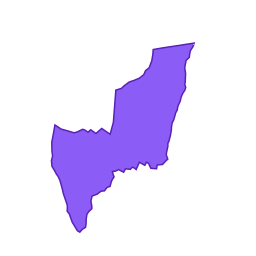 Itaguajé, Paraná, Brazil, rotated 229°
{"feature_id": "56859067B84192248470394", "entity_name": "Itaguajé", "entity_type": "district", "adm_level": 2, "iso_a3": "BRA", "parent_name": "Brazil", "parent_adm1": "Paraná", "projection": "albers", "projection_center": [-51.978, -22.666], "detail": "fine", "context": "isolated", "style": "filled", "palette": "violet", "viewbox_px": 256, "rotation_deg": 229, "n_neighbors": 0, "source": "geoboundaries", "source_scale": "gbopen_adm2", "svg_char_len": 1464}
<svg xmlns="http://www.w3.org/2000/svg" viewBox="0 0 256 256"><g transform="rotate(229 128 128)"><path d="M81.0,23.3L81.5,27.0L80.9,30.8L83.2,33.5L86.7,36.7L89.9,40.5L90.7,44.0L90.8,47.7L92.6,49.3L97.2,52.1L100.2,56.2L98.3,61.4L98.0,66.2L96.0,69.0L96.9,73.2L95.7,76.2L98.3,80.0L99.4,82.3L100.2,85.4L102.4,86.2L105.4,87.7L103.6,90.3L102.8,93.6L97.5,95.7L98.8,99.3L95.3,102.7L95.6,105.6L93.5,106.6L91.3,106.9L94.7,114.1L88.8,116.2L90.0,119.5L87.8,120.3L82.6,118.8L78.5,122.8L80.9,125.8L77.8,130.2L78.3,134.5L78.4,137.6L82.5,139.2L84.3,141.1L88.2,146.3L90.1,147.8L91.3,150.4L94.7,155.3L98.2,159.6L99.9,161.1L102.7,164.4L104.1,167.7L105.9,170.6L108.2,174.0L109.2,176.8L111.8,180.1L114.0,185.0L116.6,188.6L118.2,192.1L119.3,195.9L120.9,198.3L123.6,199.4L125.2,201.4L128.5,204.5L131.3,207.2L136.2,210.3L140.9,216.2L141.1,220.6L143.2,222.9L145.5,226.0L146.7,230.3L148.7,233.6L166.1,206.1L170.7,198.5L167.3,195.1L163.1,190.0L159.6,183.5L159.8,178.9L157.9,174.9L158.2,169.1L160.0,163.7L161.9,159.1L162.4,152.4L162.2,149.0L164.6,143.7L141.9,120.7L135.0,110.4L144.9,107.9L144.9,100.2L151.1,98.7L151.1,95.1L154.8,94.1L156.8,92.9L158.4,86.9L159.8,84.1L164.6,81.1L171.3,76.7L173.6,76.2L178.2,74.8L172.9,68.3L167.3,61.2L164.2,58.6L160.4,55.4L156.4,52.8L153.7,48.9L149.0,45.5L144.0,44.6L140.1,43.7L137.4,43.5L133.3,42.3L126.8,39.3L120.8,36.1L109.9,31.7L107.8,30.1L105.1,27.5L101.9,27.4L93.5,24.1L83.6,22.4L81.0,23.3Z" fill="#8b5cf6" stroke="#5b21b6" stroke-width="1.5"/></g></svg>